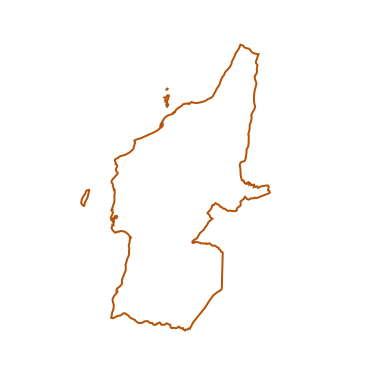 Salima, Salima, Malawi, rotated 219°
{"feature_id": "42251766B16377643813547", "entity_name": "Salima", "entity_type": "district", "adm_level": 2, "iso_a3": "MWI", "parent_name": "Malawi", "parent_adm1": "Salima", "projection": "equal_earth", "projection_center": [34.375, -13.765], "detail": "fine", "context": "isolated", "style": "outline", "palette": "amber", "viewbox_px": 384, "rotation_deg": 219, "n_neighbors": 0, "source": "geoboundaries", "source_scale": "gbopen_adm2", "svg_char_len": 6065}
<svg xmlns="http://www.w3.org/2000/svg" viewBox="0 0 384 384"><g transform="rotate(219 192 192)"><path d="M247.1,337.0L245.9,333.2L245.3,327.2L244.2,323.9L243.3,319.2L241.9,316.2L241.2,312.8L241.4,310.5L241.2,310.1L241.6,308.1L241.5,305.3L240.7,302.8L240.7,300.1L239.9,297.0L238.1,292.3L237.8,288.0L236.9,284.1L236.1,279.2L236.1,278.5L236.6,276.8L238.1,274.2L238.7,271.9L240.5,268.7L243.2,265.3L245.4,263.3L247.3,262.2L249.0,261.6L249.4,260.8L249.2,259.9L249.5,258.8L249.7,258.5L250.2,258.8L250.5,258.4L251.0,258.4L251.7,257.1L253.1,256.2L254.2,254.2L254.2,252.8L254.8,250.7L255.6,248.9L255.5,247.9L256.1,246.8L256.0,243.6L256.3,242.6L256.1,242.7L255.8,243.6L255.6,243.7L255.5,243.4L256.0,241.7L255.9,241.0L258.8,236.4L259.4,234.9L259.9,232.3L259.3,227.0L258.7,224.3L257.4,222.2L257.0,222.0L256.6,223.2L256.9,223.4L256.8,224.1L257.2,224.8L257.1,225.1L256.6,224.6L257.2,225.7L257.2,225.9L256.4,224.8L256.5,222.7L257.0,221.6L257.5,218.8L258.2,216.7L259.9,212.8L266.1,200.7L267.1,199.7L269.1,196.1L268.9,195.2L267.5,194.8L267.1,194.4L266.7,193.0L265.8,191.3L265.6,190.3L264.7,189.0L264.8,187.1L265.5,183.1L267.3,178.9L269.8,175.4L270.8,173.2L271.0,171.6L272.3,169.3L271.9,168.1L271.3,167.4L270.1,167.1L269.6,166.5L269.2,166.3L269.0,165.7L268.3,166.0L266.5,165.3L265.4,161.6L264.0,160.5L262.2,160.3L261.5,159.8L261.3,158.5L261.7,151.9L261.5,150.5L261.2,149.7L260.5,148.8L258.5,148.3L257.0,146.5L256.1,146.3L253.9,144.3L253.2,144.0L253.9,144.8L253.8,145.1L253.4,144.9L251.1,142.2L250.7,141.4L249.0,139.0L247.0,136.8L245.6,134.3L245.2,133.4L245.1,132.4L244.1,130.2L243.2,127.1L242.9,127.0L243.0,127.6L242.6,127.9L242.5,127.3L240.9,126.6L240.2,125.7L238.8,120.7L237.0,119.5L235.1,119.4L235.0,119.6L235.4,120.0L236.5,120.5L236.9,121.9L236.7,122.2L235.8,122.8L235.6,123.4L235.9,123.5L235.7,123.9L235.9,124.5L236.5,124.1L236.7,124.6L236.0,125.4L235.3,124.2L235.0,124.2L235.0,124.4L235.3,124.7L235.3,125.7L234.8,126.8L234.8,125.6L234.2,124.3L234.5,123.8L235.7,122.5L235.2,120.9L233.6,119.5L233.6,118.3L232.0,116.8L232.0,116.6L233.2,116.2L232.5,115.3L232.1,113.6L229.8,112.4L226.2,112.0L225.9,112.1L225.4,113.7L225.0,114.1L224.6,114.2L224.0,115.4L223.5,115.6L223.4,116.2L222.7,117.0L220.4,118.3L218.5,119.0L215.2,119.0L212.7,118.4L211.3,118.4L210.7,117.8L211.3,117.5L211.4,117.2L210.0,115.7L209.8,114.9L208.7,113.5L207.9,111.2L206.7,109.8L205.3,108.9L204.2,107.0L201.7,104.0L200.5,100.7L200.1,98.6L199.4,97.6L199.1,96.5L198.3,95.0L198.1,93.8L197.4,93.4L194.6,90.0L194.0,88.6L191.2,79.7L189.2,77.2L188.5,75.9L188.7,72.9L189.5,69.7L188.5,67.5L187.9,67.1L187.5,67.8L187.0,67.2L187.1,62.5L186.5,59.0L185.5,57.8L181.3,54.6L179.0,50.8L177.9,47.3L176.3,44.9L175.8,43.0L175.7,43.8L175.4,43.4L174.0,44.1L171.6,49.1L169.5,51.6L169.3,53.9L168.4,55.2L167.6,55.6L164.3,55.9L160.2,55.5L157.5,56.3L156.0,56.4L155.9,56.6L154.2,56.3L151.3,56.5L150.0,57.3L148.7,58.7L147.9,60.0L147.6,61.5L145.4,63.6L144.1,64.0L142.2,63.7L140.4,65.2L138.7,64.6L137.6,65.0L136.6,66.0L136.5,66.6L136.8,67.1L135.8,67.9L135.5,69.6L135.2,70.1L134.2,70.4L133.0,69.7L132.0,69.7L129.6,71.8L129.2,73.8L128.4,74.3L127.0,74.4L125.4,75.0L123.4,73.4L122.2,73.4L121.0,74.8L118.8,75.9L118.1,77.0L117.5,79.2L115.9,79.0L114.3,79.4L113.5,80.5L112.8,80.3L112.5,79.8L110.3,80.0L110.3,81.2L109.1,82.0L108.8,83.8L107.6,84.1L109.1,91.8L109.1,110.1L110.1,119.0L110.4,125.0L109.1,130.6L107.8,134.1L107.8,134.8L108.6,136.4L129.8,164.0L130.4,164.4L131.6,163.9L133.5,164.7L135.0,164.6L136.4,165.4L137.7,164.8L138.6,164.9L140.8,164.6L142.0,163.4L143.1,163.0L146.0,163.2L147.6,161.0L148.6,161.1L149.0,160.4L151.4,158.8L152.6,157.7L154.1,157.5L157.5,155.7L158.2,155.1L158.4,153.9L158.6,153.3L159.5,152.9L159.9,153.0L160.5,153.6L160.4,155.1L160.3,156.0L159.4,157.7L159.1,159.3L159.3,161.2L160.0,164.6L159.2,169.4L159.6,176.1L160.3,179.1L159.3,184.1L161.5,183.9L164.3,185.2L166.6,185.2L166.8,186.1L166.5,189.5L167.0,192.7L167.7,193.6L167.8,194.3L167.6,194.8L166.8,195.4L167.0,196.6L166.7,198.1L164.8,198.3L163.1,199.0L160.6,198.4L159.2,199.0L157.7,198.6L156.0,199.7L152.6,199.7L150.1,201.9L148.9,202.4L146.4,204.2L145.6,206.0L146.8,207.4L146.4,209.9L145.9,211.0L145.7,211.9L145.9,212.4L146.6,213.1L147.0,213.9L148.3,214.8L148.0,216.9L147.4,219.0L147.8,221.0L147.8,221.7L144.7,221.2L143.1,221.8L142.3,223.8L141.4,224.9L140.5,225.4L139.8,227.0L138.7,227.4L137.7,228.3L131.4,239.4L131.2,240.0L131.2,240.5L131.9,240.7L132.6,241.6L133.9,241.1L135.0,242.8L135.5,244.3L136.7,244.8L137.9,244.3L141.1,240.7L142.3,239.0L143.2,236.7L143.4,236.6L144.8,237.4L145.9,236.3L147.1,234.6L148.0,236.6L148.4,236.8L150.4,234.4L151.5,235.2L151.9,235.2L152.1,235.0L152.2,233.7L152.8,234.2L153.4,235.4L154.0,235.4L154.8,234.3L154.4,232.9L155.1,232.3L155.8,232.7L156.8,232.1L159.2,233.4L160.0,232.5L160.4,232.5L162.1,233.5L164.7,235.7L169.4,240.9L171.1,242.2L172.3,243.8L172.6,244.8L172.6,246.2L170.7,249.1L170.8,250.1L171.6,252.2L174.5,257.0L176.4,259.5L176.8,262.1L177.4,263.6L179.5,266.6L183.5,271.7L184.4,272.0L186.7,277.0L189.4,280.5L189.8,281.5L190.1,283.2L192.6,287.6L194.1,288.6L195.1,291.8L195.6,295.7L196.7,298.1L197.0,298.5L198.4,299.3L200.7,301.3L203.1,304.0L206.6,309.3L210.2,317.0L213.6,319.1L215.7,320.8L216.5,322.8L216.2,323.6L216.7,325.6L217.5,326.9L219.2,328.4L220.9,331.8L223.1,332.4L224.2,333.3L224.8,334.5L225.1,335.9L226.4,338.9L227.0,341.0L228.8,339.8L231.8,338.5L233.1,338.3L236.6,339.1L237.9,339.2L240.8,337.8L242.5,337.5L244.7,337.9L247.1,337.0ZM273.4,128.9L274.5,127.5L274.8,126.2L274.7,125.5L274.0,124.0L273.7,120.0L273.0,116.8L271.2,113.7L269.1,113.0L267.4,113.0L267.0,113.5L267.1,113.8L268.5,115.9L269.7,121.9L272.9,128.7L273.4,128.9ZM269.7,245.5L268.6,245.9L268.6,246.7L268.9,247.3L268.8,248.4L269.6,249.6L269.7,250.5L270.1,251.2L270.2,251.6L270.6,251.6L271.0,252.4L272.0,251.5L271.8,250.0L271.9,249.1L272.7,248.5L272.9,248.1L271.6,248.3L271.0,247.3L270.9,246.7L270.0,246.3L269.7,245.5ZM267.4,245.0L267.3,244.2L266.9,243.6L265.7,242.9L265.5,242.5L264.9,242.7L265.4,245.0L266.3,245.1L267.2,245.7L267.4,245.0ZM276.3,256.8L276.4,255.8L276.3,255.5L275.8,255.9L275.8,256.8L276.3,256.8Z" fill="none" stroke="#b45309" stroke-width="2"/></g></svg>